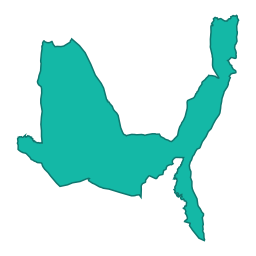 the district of Korogwe, Tanga, United Republic of Tanzania
{"feature_id": "72390352B3133588656991", "entity_name": "Korogwe", "entity_type": "district", "adm_level": 2, "iso_a3": "TZA", "parent_name": "United Republic of Tanzania", "parent_adm1": "Tanga", "projection": "albers", "projection_center": [38.446, -4.931], "detail": "fine", "context": "isolated", "style": "filled", "palette": "teal", "viewbox_px": 256, "rotation_deg": 0, "n_neighbors": 0, "source": "geoboundaries", "source_scale": "gbopen_adm2", "svg_char_len": 5812}
<svg xmlns="http://www.w3.org/2000/svg" viewBox="0 0 256 256"><path d="M41.9,46.1L42.0,49.0L41.4,53.0L40.7,60.8L40.8,62.3L41.1,63.0L40.6,70.9L39.0,75.7L38.5,78.5L37.5,81.3L37.5,82.1L37.9,83.4L38.7,84.8L41.1,86.6L41.6,88.7L41.7,93.1L40.8,99.1L40.8,103.1L42.2,111.3L41.4,117.0L40.9,124.4L41.5,130.6L41.5,136.5L42.3,143.6L41.8,142.8L41.3,142.6L40.1,143.2L39.2,142.8L39.0,143.0L38.3,142.6L37.6,142.7L37.3,142.9L35.4,141.9L35.0,141.8L34.8,141.2L34.5,141.0L33.8,141.3L33.6,140.5L33.1,140.5L32.6,139.7L32.7,138.7L31.8,138.4L31.6,137.6L30.8,137.6L31.1,137.1L30.2,136.9L29.3,136.2L28.6,136.4L28.0,135.7L27.8,135.7L27.2,136.6L26.2,137.0L26.0,136.7L25.4,136.9L25.3,136.6L24.9,136.4L25.2,135.4L22.9,137.4L21.8,137.2L21.3,136.7L19.9,137.0L19.5,136.8L18.7,137.4L18.6,137.2L18.4,137.2L18.4,137.9L17.7,138.4L17.6,138.8L18.0,141.5L17.4,143.2L18.0,144.5L18.2,145.5L18.1,149.4L18.6,149.9L20.5,151.4L22.9,152.6L25.2,153.1L26.3,153.6L30.0,157.4L31.2,159.4L32.9,160.1L34.3,161.1L36.1,161.7L36.8,162.3L37.6,162.6L40.4,162.8L41.5,163.1L42.1,164.2L42.2,164.9L42.9,166.6L44.6,169.1L48.1,172.6L50.6,176.0L56.6,183.1L60.0,186.4L67.6,184.8L72.5,182.8L80.1,181.5L86.6,178.8L88.9,178.3L89.4,178.6L88.4,179.4L88.7,180.7L92.5,183.2L94.5,184.0L99.4,186.8L102.0,187.6L103.2,188.2L109.1,189.1L119.7,192.4L131.5,195.8L133.1,195.8L135.1,195.6L136.4,195.1L139.3,194.8L141.0,197.2L141.3,189.4L141.2,186.2L141.5,185.1L142.5,183.6L145.1,182.4L145.5,182.0L145.7,179.9L148.4,176.4L149.1,175.8L149.8,175.9L155.4,178.5L156.1,178.6L156.8,178.3L157.5,177.1L159.2,175.2L162.8,174.4L163.7,170.4L165.8,169.4L166.1,169.0L166.3,167.5L167.3,165.8L170.1,164.6L171.4,164.7L171.9,164.5L173.1,163.7L172.4,162.7L172.3,162.1L172.4,160.7L172.7,160.0L174.3,158.2L175.8,157.4L183.5,157.6L183.1,158.2L183.3,159.7L181.7,163.0L181.7,164.1L180.9,164.6L180.8,164.9L181.1,165.1L181.0,165.4L179.9,166.8L178.9,167.4L178.7,168.3L177.6,169.2L177.7,171.2L177.3,171.7L177.2,172.3L176.9,172.4L177.1,173.2L176.4,173.4L176.3,173.7L175.3,174.2L175.3,174.6L175.0,175.1L175.1,175.3L174.7,175.6L174.9,176.0L175.0,177.5L174.4,177.4L174.4,177.8L174.0,178.1L174.1,178.6L173.8,178.9L174.9,179.1L176.2,178.4L176.6,178.4L176.7,179.4L177.2,180.8L176.5,182.3L176.1,184.7L174.9,186.8L174.8,187.3L175.1,188.4L174.7,189.2L174.0,189.5L174.6,190.4L175.0,190.5L175.3,191.5L174.7,192.1L174.8,192.7L175.7,193.3L176.2,194.2L176.9,192.9L177.3,192.8L178.0,193.2L178.4,193.8L177.7,194.9L176.9,194.9L176.7,195.4L176.8,195.7L178.1,196.8L178.7,197.0L179.0,196.7L178.0,196.3L178.0,195.6L178.4,195.4L179.8,195.5L180.6,195.2L181.1,194.6L181.7,194.5L181.5,195.5L182.0,196.7L181.3,196.6L180.6,197.1L180.8,198.7L181.8,199.5L182.4,199.5L183.6,199.0L184.0,199.6L184.2,200.7L184.5,200.9L185.7,201.0L186.7,202.7L186.3,204.3L186.4,205.6L186.1,206.0L185.9,206.2L185.2,205.9L184.8,206.4L184.5,207.6L183.4,208.2L183.9,208.7L184.9,209.1L185.3,209.7L185.9,211.6L185.5,212.3L185.3,213.3L185.7,214.0L186.2,214.2L187.3,217.1L187.4,218.1L187.1,219.3L185.0,220.8L184.6,221.6L190.2,223.3L189.5,225.6L192.6,230.2L199.0,238.2L204.3,240.6L204.6,239.7L204.0,237.9L203.8,233.5L202.9,231.7L202.7,230.6L203.1,229.4L202.7,226.1L203.3,224.5L202.3,217.6L203.5,215.3L203.5,213.8L201.8,212.0L200.2,208.8L198.3,206.2L197.8,204.8L197.0,198.8L193.2,191.2L192.3,188.7L191.9,186.3L191.9,181.5L190.5,177.7L190.9,174.1L190.9,171.6L189.7,168.8L189.3,165.4L190.3,161.8L191.5,160.0L192.6,156.5L194.0,154.7L195.7,151.2L197.1,149.1L199.3,148.2L200.0,147.6L202.3,141.8L206.0,136.6L208.3,131.6L211.1,128.7L213.4,123.7L215.5,119.9L219.0,114.9L219.9,112.9L220.6,108.3L220.8,105.5L221.6,101.8L222.0,98.6L224.0,92.6L224.0,91.9L227.4,86.7L228.3,84.3L228.3,82.7L229.3,80.3L229.6,79.0L230.3,77.7L229.2,76.2L231.1,73.9L232.8,73.3L234.4,73.1L235.8,72.7L235.9,72.4L235.8,71.1L234.9,70.2L233.9,69.7L233.1,69.0L231.7,66.6L231.7,65.5L230.2,64.7L228.6,61.5L227.7,60.5L228.6,60.2L231.1,57.5L233.1,57.8L234.3,58.3L235.6,58.3L236.1,57.8L236.2,55.8L235.9,54.3L236.2,53.0L235.8,51.1L234.6,48.0L235.0,45.0L235.8,44.0L237.0,41.2L236.5,36.8L237.2,33.9L237.3,32.0L236.9,30.6L236.7,26.0L237.7,22.7L237.8,21.6L238.6,20.2L237.3,18.0L237.2,16.1L236.4,15.4L235.5,16.2L234.2,15.9L233.8,16.0L233.1,15.6L232.2,16.3L230.8,16.8L230.9,17.9L230.6,18.4L230.1,18.8L229.3,18.7L228.4,19.2L228.0,20.0L227.2,20.3L227.1,21.0L226.8,21.1L224.5,20.9L220.8,18.6L219.4,18.9L218.0,19.5L217.5,18.2L217.0,17.8L216.3,18.1L215.5,17.5L214.9,17.5L213.4,18.9L213.9,20.2L213.8,20.5L213.3,21.5L212.3,22.5L211.7,23.6L212.7,24.5L212.8,25.6L212.5,25.7L211.7,25.3L211.3,25.3L210.9,26.7L211.0,32.1L210.4,39.2L210.5,44.6L210.3,47.0L212.2,55.2L212.3,56.9L212.7,58.6L212.5,65.0L212.8,66.9L213.2,68.2L214.4,70.4L218.8,77.7L218.7,78.1L216.9,77.6L215.5,76.4L211.8,75.6L209.6,75.6L208.8,75.3L208.0,76.5L206.2,78.2L205.1,79.6L202.3,81.9L201.9,82.9L201.9,84.2L199.4,87.5L198.0,91.1L197.0,91.9L196.7,93.1L195.9,93.7L195.1,95.8L194.1,97.5L193.3,98.1L189.2,99.8L187.6,100.6L187.1,102.1L187.3,105.8L187.2,108.3L185.2,116.4L183.5,120.3L181.7,122.9L181.4,124.1L179.7,126.9L178.6,130.4L177.6,135.5L175.3,138.0L174.5,138.6L174.0,139.5L171.6,141.5L170.0,141.3L168.2,140.2L165.3,139.3L164.1,138.3L160.7,136.6L159.3,134.1L156.3,134.2L155.1,133.8L152.3,133.8L147.1,134.7L144.7,135.4L143.9,134.9L141.6,134.5L136.6,134.8L134.5,134.5L131.6,134.4L126.8,135.5L126.3,135.8L125.5,135.1L123.8,134.4L122.6,132.4L120.7,127.7L118.1,115.4L116.7,113.1L114.6,111.0L113.6,109.7L113.2,108.9L112.2,106.1L111.7,105.8L110.6,104.3L110.1,104.0L109.0,102.1L108.4,102.1L108.0,101.9L107.9,101.1L107.3,100.9L107.4,100.2L106.6,99.6L103.6,88.1L101.2,83.4L95.3,75.2L90.8,64.3L85.1,52.7L79.4,45.6L71.7,38.9L71.4,39.6L70.5,40.7L70.1,42.2L63.7,46.1L60.9,46.6L57.3,46.4L55.0,46.7L53.2,44.4L52.3,42.1L52.1,42.2L51.8,41.5L49.6,42.6L48.2,42.7L46.9,42.6L44.8,41.7L44.3,41.0L43.6,41.0L42.6,42.9L42.7,44.9L42.2,46.0L41.9,46.1Z" fill="#14b8a6" stroke="#0f766e" stroke-width="1.5"/></svg>